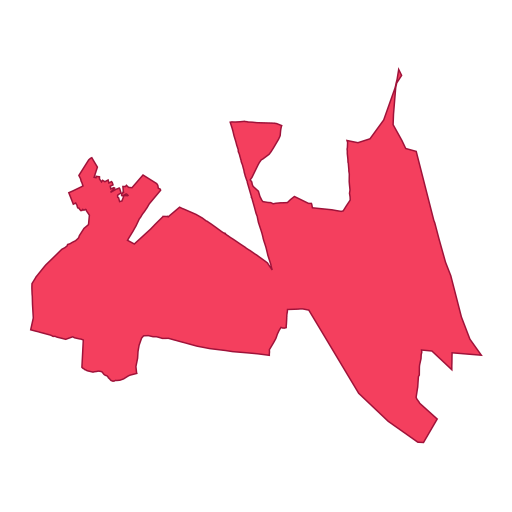 Ixhuatán, Chiapas, Mexico (Robinson projection)
{"feature_id": "50627088B63590301456698", "entity_name": "Ixhuatán", "entity_type": "district", "adm_level": 2, "iso_a3": "MEX", "parent_name": "Mexico", "parent_adm1": "Chiapas", "projection": "robinson", "projection_center": [-92.999, 17.305], "detail": "fine", "context": "isolated", "style": "filled", "palette": "rose", "viewbox_px": 512, "rotation_deg": 0, "n_neighbors": 0, "source": "geoboundaries", "source_scale": "gbopen_adm2", "svg_char_len": 5940}
<svg xmlns="http://www.w3.org/2000/svg" viewBox="0 0 512 512"><path d="M30.7,329.8L50.5,335.1L51.7,335.6L52.6,336.2L53.2,336.4L55.0,336.3L57.2,337.2L59.8,337.8L65.7,339.3L72.7,336.8L74.6,337.8L79.5,338.9L81.0,339.1L82.6,339.7L83.3,340.0L81.9,367.3L82.0,367.4L83.0,368.4L83.5,368.5L84.2,369.1L84.7,369.6L85.5,369.8L86.9,370.6L88.2,371.0L90.0,371.4L93.0,372.1L94.6,371.7L96.5,371.5L98.3,371.1L99.9,371.3L101.4,371.6L102.2,372.1L104.0,374.4L105.3,375.3L106.7,375.7L107.7,376.5L108.1,377.2L108.3,377.7L109.0,378.3L109.9,379.2L110.9,380.4L112.6,381.1L114.0,381.1L115.5,380.4L116.8,380.5L119.9,380.2L123.6,378.9L127.2,376.6L128.9,375.6L130.2,375.1L136.8,373.4L136.5,372.3L136.3,370.1L135.9,366.6L137.6,358.2L138.0,351.5L139.1,345.2L141.6,338.1L143.6,335.8L148.4,335.6L153.0,336.7L156.4,336.7L159.4,337.5L162.4,338.4L164.6,338.4L168.4,338.3L175.2,340.2L197.2,346.2L203.1,347.3L209.8,348.6L225.5,350.5L232.5,351.6L248.1,352.9L257.7,353.8L269.3,355.3L269.3,354.5L269.4,352.7L269.5,352.2L269.4,350.2L269.4,349.6L270.4,348.0L271.1,346.8L273.6,342.6L275.8,338.6L276.4,337.0L277.3,334.3L277.6,333.6L278.6,331.5L279.1,330.4L281.0,327.4L282.4,328.0L284.5,328.1L286.2,327.6L286.2,325.8L286.4,324.1L286.5,322.2L286.7,318.7L286.7,317.2L286.8,316.7L286.8,315.1L287.2,312.4L287.3,312.2L287.5,309.5L295.7,309.2L298.1,309.1L300.5,308.9L302.7,308.9L308.8,310.1L318.9,326.9L334.6,353.1L358.7,393.3L388.3,421.4L417.8,442.2L423.5,442.5L437.2,419.0L436.8,418.7L419.6,403.2L419.2,402.3L416.9,399.2L416.1,397.3L417.3,389.5L417.7,387.1L418.4,376.7L419.0,375.5L419.3,375.1L419.4,366.9L419.6,364.9L421.0,358.7L421.2,354.6L421.8,352.2L421.5,350.0L431.9,351.0L451.8,369.7L451.8,368.3L451.8,365.5L451.9,362.8L452.0,355.4L452.1,352.8L481.3,355.2L469.9,339.2L461.4,317.0L450.8,275.8L445.5,262.2L439.0,239.0L434.8,223.0L433.8,220.4L416.2,151.4L405.7,148.5L401.9,140.5L393.1,124.7L393.5,114.2L395.7,87.7L396.7,83.0L401.6,75.4L398.7,69.5L397.1,79.3L396.1,83.3L396.3,83.2L394.9,88.4L383.7,120.0L370.0,138.8L357.9,142.7L347.0,140.5L347.6,142.4L347.4,147.5L347.2,148.4L347.1,149.3L347.3,150.9L347.3,153.7L347.9,159.3L348.0,162.3L348.3,163.0L348.6,166.9L348.9,170.2L348.8,170.7L349.3,174.0L349.2,181.6L349.5,185.1L349.8,187.9L350.0,190.0L349.5,193.3L350.1,197.0L350.2,200.1L346.2,206.1L343.2,210.9L341.2,211.4L335.8,210.5L332.0,209.8L312.4,207.8L311.8,204.6L311.4,203.4L308.5,203.4L302.6,200.5L302.0,200.2L294.4,196.5L290.6,199.5L287.4,202.6L282.5,202.8L280.8,202.8L275.5,203.3L273.2,203.8L270.7,202.6L268.6,202.5L268.1,202.5L262.9,201.6L261.9,200.4L259.9,196.4L258.4,191.2L253.1,186.4L252.3,184.6L251.9,182.6L251.7,181.8L250.2,179.9L250.8,178.9L251.9,177.5L258.0,165.0L259.3,162.6L261.3,159.8L262.8,159.0L269.1,154.3L271.2,151.5L271.8,150.5L273.4,148.0L278.6,139.2L279.9,136.3L280.2,135.3L280.6,130.8L280.8,129.3L281.3,126.7L281.7,125.6L276.7,123.6L275.5,123.4L274.7,123.3L274.6,123.2L273.2,123.2L271.9,123.1L257.0,122.7L252.5,122.2L247.8,122.0L247.1,121.7L244.9,121.5L244.7,121.3L239.5,121.8L235.9,122.0L234.7,122.0L233.6,122.0L231.9,121.9L230.2,122.2L232.0,127.8L232.9,131.0L234.0,135.7L235.9,141.9L236.7,145.1L238.2,149.6L238.3,151.7L239.1,153.5L239.5,154.7L239.6,155.1L239.8,155.9L239.8,156.0L240.1,157.1L240.4,157.9L240.6,159.1L240.8,159.5L240.9,159.8L241.2,161.0L241.2,161.6L242.5,165.0L243.4,168.5L243.8,169.8L244.3,172.6L245.0,174.9L245.1,175.6L246.7,180.2L247.3,181.6L247.3,182.4L251.5,196.8L251.3,197.1L252.2,198.9L252.2,199.3L254.5,207.5L256.1,213.5L257.2,216.3L257.3,216.9L258.4,222.3L260.0,227.2L260.8,229.6L261.9,233.1L262.0,233.5L262.5,235.4L263.1,237.9L263.1,238.2L263.7,240.3L264.2,241.9L265.0,244.3L266.0,247.5L267.7,254.5L267.7,254.8L270.8,264.4L271.3,266.9L272.2,270.0L268.7,264.9L267.5,263.0L266.1,261.9L260.9,258.1L259.9,257.4L259.6,257.2L256.8,255.1L254.8,253.9L253.7,253.1L250.0,250.5L248.9,249.9L246.4,248.3L245.2,247.3L244.3,246.7L240.2,244.0L236.4,241.4L233.9,239.7L232.7,238.9L230.6,237.6L229.0,236.5L228.3,235.9L227.5,235.6L227.4,235.4L226.3,234.6L225.2,233.9L226.0,233.4L225.4,233.5L223.8,232.9L223.2,232.7L220.9,231.1L220.1,230.5L215.6,227.2L211.0,223.9L208.4,222.2L207.4,221.4L206.1,220.9L205.7,220.6L205.5,220.4L202.3,218.0L196.0,214.4L183.4,208.9L182.7,208.7L179.6,207.2L168.1,216.9L167.5,216.3L166.7,216.5L164.1,216.4L163.1,216.4L163.1,216.5L157.6,221.9L154.6,224.9L153.6,226.0L152.8,226.8L150.6,229.1L134.3,244.0L127.5,240.3L129.3,237.2L130.8,234.8L131.7,233.3L133.0,231.2L134.6,228.3L134.9,227.8L135.9,226.1L139.4,218.7L140.2,217.8L140.6,217.2L141.2,216.2L142.0,214.8L142.9,213.5L144.4,211.6L145.2,210.4L146.6,208.3L146.8,208.1L149.3,203.8L160.6,190.3L160.3,189.2L158.3,188.2L157.8,185.3L156.7,183.6L143.0,175.0L132.0,187.7L128.6,187.4L126.4,185.3L125.5,186.5L122.9,186.5L123.3,191.3L122.8,192.6L123.1,192.6L122.0,193.7L121.5,195.0L122.0,195.8L122.8,195.8L126.1,193.9L127.1,194.4L128.0,195.4L127.7,195.7L124.0,195.5L121.9,201.0L119.6,201.6L118.6,197.8L117.7,197.4L117.6,195.9L117.6,195.2L119.8,193.6L121.1,193.1L119.7,188.6L119.2,188.0L117.6,188.7L116.2,189.2L110.5,192.4L114.6,188.1L113.9,187.6L110.8,188.9L110.2,186.2L113.0,184.9L112.3,182.6L111.5,181.6L108.9,183.0L108.1,180.0L104.9,181.7L102.5,180.3L101.5,181.9L99.5,179.0L99.5,176.8L98.9,176.6L98.5,176.7L96.3,176.3L96.0,177.7L94.1,177.3L97.4,167.1L93.9,161.3L91.8,157.7L90.5,158.3L88.7,159.9L78.9,175.4L79.0,175.7L80.5,178.6L81.1,181.0L81.4,181.7L81.8,182.4L82.3,183.9L83.0,185.9L81.2,186.9L72.9,190.9L68.8,192.7L73.3,204.2L75.7,203.0L77.2,205.7L77.2,206.5L77.8,207.9L78.0,208.0L79.0,208.2L79.8,209.6L80.6,210.1L80.8,210.6L81.1,210.6L82.1,210.4L82.8,209.4L83.9,210.2L85.4,209.4L86.1,209.6L86.2,210.4L89.4,215.2L88.5,224.6L84.0,228.4L79.4,235.6L78.7,237.6L78.1,238.4L75.6,240.7L72.4,242.3L69.9,243.8L67.6,244.5L67.2,245.8L65.0,247.6L61.8,249.3L55.9,255.1L51.8,259.1L45.9,264.8L45.4,265.4L44.6,266.3L35.9,277.1L35.4,278.1L32.0,283.6L31.9,286.6L31.9,288.3L32.1,294.2L32.3,296.2L32.5,304.2L33.3,318.0L31.7,325.2L30.9,328.8L30.7,329.8Z" fill="#f43f5e" stroke="#9f1239" stroke-width="1.5"/></svg>